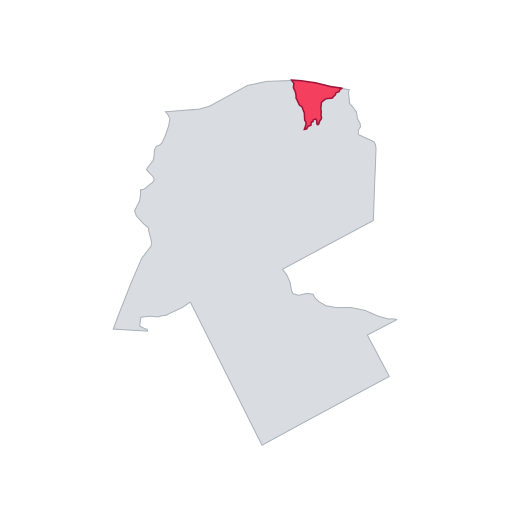 Retalhuleu on a map of Guatemala (orthographic projection), rotated 152°
{"feature_id": "GTM-1946", "entity_name": "Retalhuleu", "entity_type": "Department", "adm_level": 1, "iso_a3": "GTM", "parent_name": "Guatemala", "parent_adm1": "", "projection": "orthographic", "projection_center": [-91.761, 14.429], "detail": "fine", "context": "in_parent", "style": "filled", "palette": "rose", "viewbox_px": 512, "rotation_deg": 152, "n_neighbors": 0, "source": "natural_earth", "source_scale": "10m", "svg_char_len": 2991}
<svg xmlns="http://www.w3.org/2000/svg" viewBox="0 0 512 512"><g transform="rotate(152 256 256)"><path d="M95.6,359.0L97.7,356.9L99.5,352.0L101.7,346.9L100.4,341.1L99.6,336.3L102.0,329.4L101.8,324.3L103.0,321.1L106.6,319.0L108.6,315.1L98.2,301.5L98.2,298.4L99.6,294.5L108.0,280.0L118.1,262.8L129.1,243.7L135.7,232.3L159.9,232.2L175.9,232.2L196.2,232.1L218.3,232.0L232.8,231.9L238.8,231.8L237.7,224.3L238.4,216.1L241.0,208.6L241.0,205.3L236.7,201.3L228.3,199.0L223.6,195.4L223.6,190.9L221.5,185.4L217.4,179.1L209.0,172.5L196.3,165.9L185.4,156.9L176.4,145.6L168.9,138.4L163.1,135.3L161.7,133.7L178.7,133.8L194.8,133.9L194.8,117.7L194.8,103.3L194.9,87.1L223.9,87.0L258.7,86.8L294.6,86.6L322.9,86.3L339.5,86.1L339.1,106.3L338.5,129.6L338.1,146.8L337.5,169.7L336.9,193.2L336.1,225.1L335.6,245.8L335.9,246.2L345.5,245.1L359.6,245.9L363.0,245.8L367.4,247.5L370.7,248.0L377.9,252.6L386.4,256.0L391.6,248.8L388.8,244.6L386.6,242.4L386.9,240.5L416.4,258.5L413.0,261.4L405.7,268.0L392.3,279.4L380.4,289.6L368.9,298.9L358.5,307.2L357.2,308.0L344.0,314.0L341.8,316.8L339.0,328.4L337.8,331.3L340.3,337.7L342.8,347.6L342.1,352.8L332.9,359.3L328.7,365.1L326.9,368.8L325.2,367.9L322.4,367.6L315.8,369.1L312.6,369.5L309.9,371.1L309.7,374.7L311.5,380.5L312.2,383.5L310.3,384.9L302.2,388.5L299.1,391.9L296.0,397.3L292.5,399.6L288.7,399.2L286.1,400.0L280.5,404.1L272.0,411.9L267.5,417.7L267.4,422.0L268.3,425.9L237.3,412.4L226.9,410.1L183.4,410.6L164.7,405.2L143.5,394.9L129.1,385.4L95.6,359.0Z" fill="#d9dde1" stroke="#a8b0b8" stroke-width="1"/><path d="M142.0,394.7L133.6,389.4L121.9,380.8L110.5,370.5L101.4,363.9L101.6,363.6L101.8,363.6L102.1,363.5L103.0,363.7L103.4,363.7L103.8,363.5L104.5,363.0L105.2,362.3L105.5,362.2L105.9,362.1L106.7,362.2L107.4,362.4L107.9,362.5L108.1,362.5L108.3,362.6L108.6,362.5L108.9,362.4L109.2,362.2L110.1,361.2L110.8,360.9L113.2,360.3L113.8,359.8L114.3,359.6L114.8,359.7L119.5,361.7L120.4,361.9L122.8,361.7L126.1,360.9L128.6,357.1L129.4,356.2L129.6,355.9L129.8,355.3L130.1,354.1L130.4,353.4L130.7,352.6L132.2,350.4L132.5,349.6L133.2,347.4L133.8,346.5L136.6,345.1L137.7,343.9L138.3,343.4L138.7,343.1L138.9,343.0L139.1,342.9L139.5,342.9L140.0,343.0L140.2,343.3L140.1,344.4L138.9,347.1L138.7,348.6L138.9,348.8L139.3,349.0L140.3,349.2L140.8,349.3L141.4,349.4L142.2,348.6L142.4,348.1L142.6,348.0L142.8,347.8L143.3,348.0L143.8,348.3L144.0,348.3L144.3,348.2L144.9,347.5L145.3,346.9L145.4,346.7L145.9,346.0L146.1,345.7L146.3,345.6L146.6,345.6L147.5,345.8L148.0,346.0L148.4,346.1L148.7,346.1L149.1,346.0L149.5,345.8L151.2,344.7L151.7,344.5L152.6,344.6L153.9,345.1L151.5,347.3L149.7,349.3L149.5,349.7L149.2,350.2L149.2,350.4L149.1,351.3L149.2,352.4L149.2,353.2L146.1,359.8L146.0,360.3L146.0,360.5L146.1,360.8L145.4,365.7L145.5,366.2L145.6,366.6L145.8,367.0L146.8,368.8L146.8,369.4L146.5,374.9L146.5,376.0L146.5,376.5L146.4,376.9L145.5,378.3L144.5,381.3L144.1,383.8L144.0,386.5L143.9,387.1L141.5,390.7L142.0,394.0L142.0,394.7Z" fill="#f43f5e" stroke="#9f1239" stroke-width="1.5"/></g></svg>